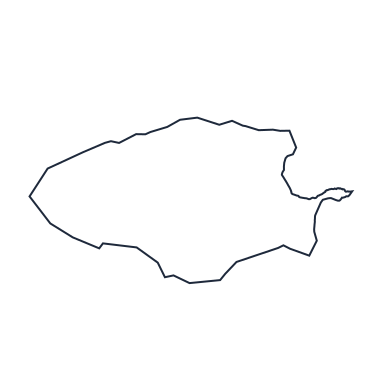 outline of Ugtaalcaidam, Töv, Mongolia, rotated 34°
{"feature_id": "93677404B35581268375845", "entity_name": "Ugtaalcaidam", "entity_type": "district", "adm_level": 2, "iso_a3": "MNG", "parent_name": "Mongolia", "parent_adm1": "Töv", "projection": "natural_earth1", "projection_center": [105.657, 48.203], "detail": "fine", "context": "isolated", "style": "outline", "palette": "slate", "viewbox_px": 384, "rotation_deg": 34, "n_neighbors": 0, "source": "geoboundaries", "source_scale": "gbopen_adm2", "svg_char_len": 2867}
<svg xmlns="http://www.w3.org/2000/svg" viewBox="0 0 384 384"><g transform="rotate(34 192 192)"><path d="M322.7,162.6L315.6,156.6L314.1,154.6L312.5,151.7L311.8,150.5L310.5,148.0L309.4,146.5L309.0,145.6L308.5,144.9L308.1,144.2L307.6,143.4L307.2,142.5L304.7,128.7L304.8,125.3L308.3,121.2L309.8,119.9L310.7,119.3L315.8,118.2L317.8,117.6L318.9,116.9L319.3,116.1L319.5,114.3L319.5,112.8L320.0,112.6L320.3,112.3L320.8,111.7L321.6,110.8L322.0,110.1L322.2,109.4L322.5,109.1L323.3,108.7L323.9,108.2L324.3,106.4L324.4,101.9L323.5,102.7L323.0,103.2L322.4,103.5L321.8,104.0L321.5,104.1L321.1,104.2L320.7,104.4L320.4,104.7L320.2,105.0L319.7,105.4L319.3,105.7L318.9,105.7L318.5,105.6L318.0,105.4L317.7,105.1L317.3,104.9L316.9,104.8L316.6,104.8L316.2,104.9L316.0,105.1L315.7,105.2L315.4,105.3L315.3,105.5L315.2,105.7L314.9,105.7L314.5,105.6L314.1,105.9L313.6,106.0L313.0,106.1L312.7,106.1L312.3,106.4L312.2,106.8L311.7,106.9L311.5,107.0L311.2,107.0L310.9,107.1L310.8,107.4L310.8,107.5L310.7,107.6L310.5,107.8L310.4,107.9L310.3,108.1L310.2,108.2L310.0,108.4L310.0,108.5L309.9,108.5L309.7,109.0L309.2,109.1L308.7,109.3L308.4,109.3L308.3,109.5L308.1,109.9L307.9,110.3L307.3,110.7L306.6,111.1L306.3,111.2L306.1,111.3L305.9,111.4L305.7,111.7L305.6,111.8L305.0,112.4L304.8,112.7L304.4,112.9L304.3,113.0L304.2,113.3L304.1,113.5L303.9,113.8L303.8,114.0L303.5,114.4L303.1,114.7L302.8,114.9L302.8,115.1L302.8,115.4L302.8,115.5L302.7,115.6L302.3,115.9L302.1,116.6L302.2,116.8L302.2,117.0L302.4,117.4L302.2,117.9L301.9,118.3L301.8,118.8L301.5,119.4L301.4,119.7L301.2,120.4L301.1,120.8L301.0,121.0L300.5,121.7L300.5,121.8L299.9,122.6L299.6,123.1L299.5,123.3L299.3,123.8L299.1,124.1L298.8,124.3L298.7,124.5L298.4,124.9L298.3,126.4L298.1,127.5L297.8,127.9L297.2,128.5L296.5,128.7L295.8,129.0L295.4,129.1L295.1,129.4L294.7,130.0L293.7,132.0L292.9,132.6L291.8,132.9L290.8,133.1L289.9,133.5L288.9,134.1L287.9,134.5L286.9,135.0L285.7,135.5L284.6,136.0L283.6,136.2L282.4,135.7L281.4,136.1L280.8,136.4L279.6,136.7L278.3,137.0L276.3,137.6L275.6,137.3L275.2,137.3L274.5,136.7L274.3,136.4L274.1,136.3L274.1,136.2L273.5,135.7L272.3,134.9L270.8,134.0L270.6,133.9L269.4,133.3L268.1,132.7L266.0,131.6L264.7,131.0L263.5,130.4L263.4,130.4L261.4,129.5L259.7,128.7L258.0,128.0L256.9,127.5L256.6,127.0L256.0,125.1L255.9,123.2L255.9,122.5L255.9,122.3L253.9,119.4L252.1,116.1L250.7,111.7L251.1,108.8L254.6,104.3L253.5,96.9L238.5,86.7L230.9,92.0L224.2,95.1L212.8,103.4L199.6,107.4L197.0,108.6L185.4,110.6L177.0,121.0L154.8,127.4L141.7,138.8L135.1,151.9L124.0,165.5L121.1,170.2L113.3,175.3L104.1,192.1L96.4,195.2L92.3,200.0L79.5,219.8L59.2,253.3L59.8,286.5L92.1,297.3L118.5,296.3L146.6,290.6L146.9,284.4L177.1,268.9L203.1,269.7L217.2,277.8L223.3,271.5L240.9,268.9L264.6,249.3L265.3,241.2L268.0,225.1L294.7,190.2L297.6,185.1L305.1,184.2L324.8,179.2L322.7,162.6Z" fill="none" stroke="#1e293b" stroke-width="2"/></g></svg>